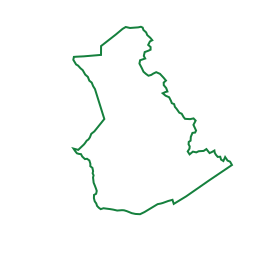 outline of Paranacity, Paraná, Brazil, rotated 326°
{"feature_id": "56859067B32403782577975", "entity_name": "Paranacity", "entity_type": "district", "adm_level": 2, "iso_a3": "BRA", "parent_name": "Brazil", "parent_adm1": "Paraná", "projection": "orthographic", "projection_center": [-52.138, -22.833], "detail": "fine", "context": "isolated", "style": "outline", "palette": "green", "viewbox_px": 256, "rotation_deg": 326, "n_neighbors": 0, "source": "geoboundaries", "source_scale": "gbopen_adm2", "svg_char_len": 2013}
<svg xmlns="http://www.w3.org/2000/svg" viewBox="0 0 256 256"><g transform="rotate(326 128 128)"><path d="M195.3,51.3L192.8,50.3L185.6,46.2L182.6,43.0L178.9,42.8L170.2,43.7L151.5,45.0L146.5,52.3L131.3,43.8L125.2,40.1L122.9,38.8L120.8,40.9L120.5,46.3L121.5,48.3L122.0,51.9L122.8,54.7L122.4,59.8L123.3,63.2L122.4,67.1L123.3,70.1L122.5,73.8L122.4,77.2L113.4,107.3L98.2,112.0L94.3,112.3L91.1,114.5L88.7,115.4L86.7,115.4L84.2,116.4L82.3,117.0L78.7,117.6L74.5,118.3L71.3,114.6L71.3,117.5L71.5,120.4L72.8,122.0L74.4,123.4L74.1,126.0L74.9,129.7L76.8,130.6L77.8,133.3L76.8,136.6L75.4,138.6L76.2,141.2L74.9,144.3L73.4,145.7L73.0,148.0L71.3,149.5L70.3,151.5L68.9,154.2L68.3,157.2L67.5,160.6L66.9,162.7L64.8,164.7L62.4,164.5L60.5,167.1L59.4,170.2L59.5,172.7L58.8,175.3L59.2,177.7L60.0,180.0L62.8,180.8L64.7,182.5L67.9,185.3L70.1,187.4L72.9,190.4L76.8,192.6L78.6,193.9L80.4,196.1L81.9,198.3L83.5,200.7L86.1,203.4L89.8,206.2L94.6,206.9L110.0,207.7L112.8,208.9L114.9,209.6L120.5,211.0L124.7,212.4L123.5,216.5L137.9,217.2L165.6,216.8L176.9,216.8L182.9,216.8L193.5,216.8L193.8,213.0L192.3,210.7L192.3,206.4L188.6,208.7L187.5,206.2L188.4,203.4L186.2,202.1L185.9,199.2L186.1,196.9L187.0,195.0L184.0,194.8L181.6,194.4L181.2,189.3L177.9,189.3L173.6,186.8L171.0,186.4L168.6,183.9L164.3,184.3L164.4,180.8L167.4,179.5L168.9,177.7L169.1,175.4L170.6,173.5L172.8,173.5L175.1,170.5L178.7,168.1L181.1,169.3L183.0,168.2L184.0,162.0L188.2,159.7L187.7,156.7L184.5,155.4L182.5,153.9L180.4,152.3L180.2,150.0L180.5,146.2L179.1,144.0L179.0,139.2L178.7,136.7L179.6,134.0L178.2,131.9L178.8,129.5L179.3,125.5L177.2,122.2L176.2,118.6L179.2,119.1L181.1,119.8L182.0,116.3L181.6,112.5L183.0,110.3L186.0,109.9L185.6,106.1L184.8,101.0L182.6,97.5L179.2,97.0L177.0,97.0L174.2,96.1L173.1,93.1L172.3,90.0L172.9,86.3L173.5,81.0L175.9,78.6L181.1,80.0L181.4,77.1L184.3,74.4L188.0,75.3L190.5,75.7L192.0,73.5L191.2,70.4L194.6,68.5L197.2,68.8L196.9,65.6L195.9,61.8L196.5,58.9L195.6,55.3L196.3,53.0L195.3,51.3Z" fill="none" stroke="#15803d" stroke-width="2"/></g></svg>